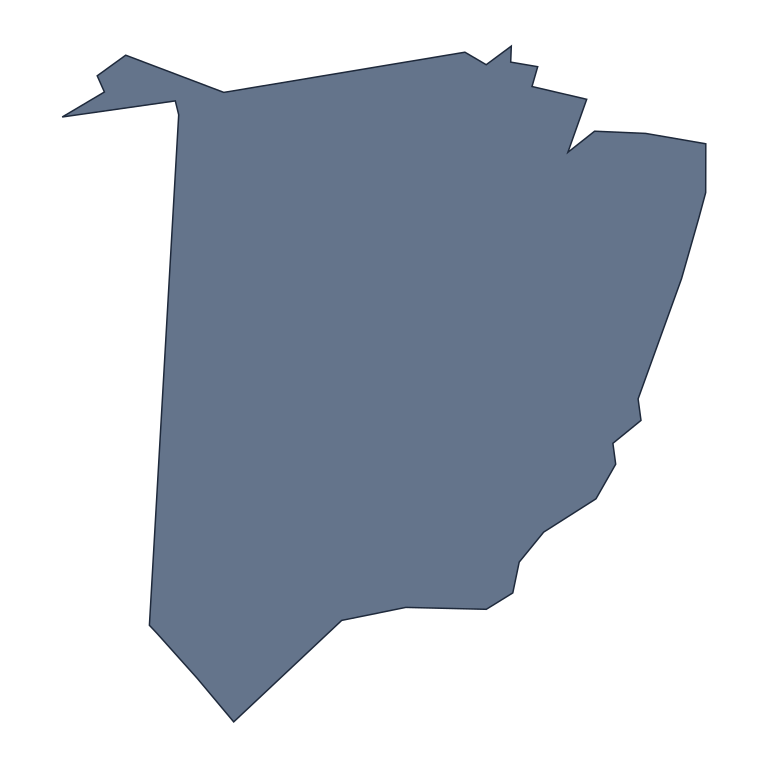 outline of Washington, Tennessee, United States of America
{"feature_id": "52423323B6874180594173", "entity_name": "Washington", "entity_type": "district", "adm_level": 2, "iso_a3": "USA", "parent_name": "United States of America", "parent_adm1": "Tennessee", "projection": "robinson", "projection_center": [-82.462, 36.272], "detail": "fine", "context": "isolated", "style": "filled", "palette": "slate", "viewbox_px": 768, "rotation_deg": 0, "n_neighbors": 0, "source": "geoboundaries", "source_scale": "gbopen_adm2", "svg_char_len": 563}
<svg xmlns="http://www.w3.org/2000/svg" viewBox="0 0 768 768"><path d="M705.8,143.8L645.6,133.4L594.6,131.2L567.9,152.3L586.7,99.3L532.0,86.5L537.7,66.7L510.7,62.1L511.3,46.1L486.2,64.7L464.9,52.2L223.8,92.4L125.7,55.2L97.2,75.8L104.4,92.0L62.2,117.0L175.3,100.9L178.7,114.8L149.4,625.3L157.2,633.6L197.2,678.3L233.7,721.9L341.7,620.4L405.8,607.4L486.3,609.3L512.8,592.9L519.2,562.1L543.7,532.1L596.0,498.8L615.7,464.2L612.9,443.3L641.0,420.4L638.1,398.9L681.5,278.8L698.7,218.5L705.7,192.6L705.8,143.8Z" fill="#64748b" stroke="#1e293b" stroke-width="1.5"/></svg>